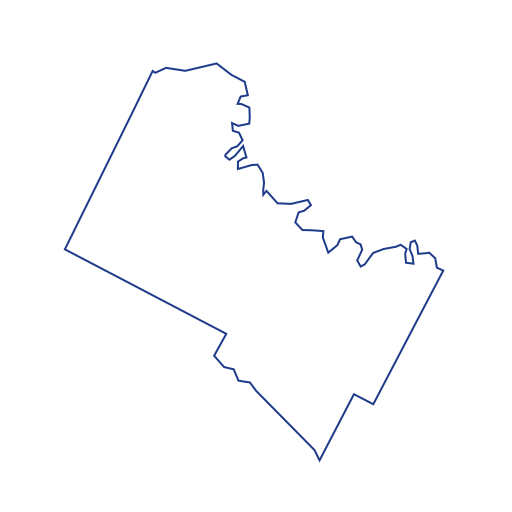 Lafayette, Arkansas, United States of America, rotated 116°
{"feature_id": "52423323B82644020143866", "entity_name": "Lafayette", "entity_type": "district", "adm_level": 2, "iso_a3": "USA", "parent_name": "United States of America", "parent_adm1": "Arkansas", "projection": "albers", "projection_center": [-93.686, 33.25], "detail": "fine", "context": "isolated", "style": "outline", "palette": "blue", "viewbox_px": 512, "rotation_deg": 116, "n_neighbors": 0, "source": "geoboundaries", "source_scale": "gbopen_adm2", "svg_char_len": 1325}
<svg xmlns="http://www.w3.org/2000/svg" viewBox="0 0 512 512"><g transform="rotate(116 256 256)"><path d="M333.8,430.7L339.0,248.6L364.0,249.9L369.8,236.0L367.6,226.3L375.7,217.2L374.1,211.6L372.3,206.1L377.2,196.6L404.8,118.3L411.8,109.3L337.3,107.4L337.8,85.6L241.8,82.9L187.0,81.3L187.2,88.3L179.4,94.0L177.1,101.8L179.4,105.1L182.9,111.2L176.0,115.6L172.5,120.0L175.8,122.9L182.4,121.0L187.2,115.5L193.9,111.1L196.3,118.3L188.5,122.9L183.6,123.7L182.5,130.9L186.2,134.1L193.8,144.4L202.0,152.1L215.9,154.6L219.6,157.3L215.6,163.1L203.8,163.3L199.7,167.1L199.8,172.1L196.4,178.1L204.1,187.8L210.5,187.6L221.3,192.5L210.1,204.0L204.1,206.4L208.3,216.9L212.3,225.6L208.6,235.4L198.1,236.8L194.1,232.5L186.2,228.9L182.9,234.0L193.7,247.2L199.2,259.7L192.9,275.1L197.7,276.3L193.3,278.5L186.6,280.9L178.4,286.4L173.2,294.6L176.0,299.6L185.7,310.4L179.1,313.6L173.9,310.5L171.6,307.8L162.8,315.8L175.2,318.8L181.1,322.1L179.9,327.3L178.4,327.9L169.7,325.0L165.6,320.9L157.8,318.8L152.6,325.4L153.6,331.7L147.0,335.8L146.8,329.0L140.0,320.1L134.5,322.2L125.5,327.0L125.8,335.7L127.3,339.2L119.4,339.7L115.1,333.8L104.4,342.5L104.0,357.4L100.2,375.8L120.6,400.8L126.3,419.3L135.5,426.9L135.0,430.0L186.6,430.0L307.9,430.6L312.0,430.6L314.5,430.6L333.5,430.7L333.8,430.7Z" fill="none" stroke="#1e3a8a" stroke-width="2"/></g></svg>